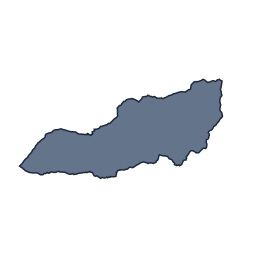 Farcasa, Neamt, Romania (orthographic projection), rotated 28°
{"feature_id": "2599482B98026704689851", "entity_name": "Farcasa", "entity_type": "district", "adm_level": 2, "iso_a3": "ROU", "parent_name": "Romania", "parent_adm1": "Neamt", "projection": "orthographic", "projection_center": [25.834, 47.18], "detail": "fine", "context": "isolated", "style": "filled", "palette": "slate", "viewbox_px": 256, "rotation_deg": 28, "n_neighbors": 0, "source": "geoboundaries", "source_scale": "gbopen_adm2", "svg_char_len": 5858}
<svg xmlns="http://www.w3.org/2000/svg" viewBox="0 0 256 256"><g transform="rotate(28 128 128)"><path d="M206.2,109.6L206.4,108.6L206.3,107.8L205.7,106.4L205.5,105.7L205.1,105.0L203.8,104.0L203.6,103.6L203.4,102.8L202.8,101.9L202.9,101.3L203.6,100.4L203.9,99.9L204.0,99.5L203.7,98.4L203.2,97.2L203.2,96.2L203.1,95.9L202.2,95.0L201.1,94.5L201.0,93.1L201.2,92.2L202.7,90.4L203.0,89.4L203.1,87.9L203.0,86.3L203.1,86.1L203.7,85.2L204.2,84.3L204.2,83.2L204.4,82.7L204.5,81.5L204.8,80.7L204.8,80.0L204.9,79.5L205.2,78.8L205.0,77.5L205.0,77.2L205.8,75.0L206.0,73.5L205.6,72.9L203.7,70.6L203.1,70.2L201.1,69.4L200.9,69.2L200.2,67.9L199.8,67.2L199.6,66.2L199.4,65.8L198.9,63.8L197.9,63.1L197.5,62.4L196.5,61.3L196.2,60.8L195.6,59.0L195.3,58.0L195.4,56.8L195.6,56.0L195.6,55.2L195.2,54.6L194.6,54.2L192.7,51.6L191.6,50.7L191.3,50.2L191.0,48.0L190.5,46.6L190.3,46.3L190.0,45.1L189.6,44.3L189.5,43.9L189.1,43.2L189.0,42.4L186.6,42.4L185.7,42.1L185.3,42.8L184.2,43.6L183.9,45.1L183.6,45.6L182.9,46.0L181.6,46.0L180.9,46.4L179.6,47.5L179.5,47.9L179.1,48.4L176.9,50.4L173.8,49.9L173.2,49.6L171.3,49.8L170.5,51.5L168.4,53.8L167.2,54.7L165.7,55.5L164.6,56.5L164.5,57.2L164.0,58.5L163.6,60.3L163.9,61.3L164.2,61.9L164.5,62.9L164.8,63.8L164.9,64.6L164.2,65.3L163.6,65.7L163.2,66.3L162.8,67.5L162.2,68.2L162.1,68.9L161.1,69.6L160.5,69.8L159.9,70.2L158.1,70.8L155.0,73.6L154.5,74.4L154.0,74.7L153.7,75.1L151.9,76.7L150.7,78.8L150.2,79.2L149.6,79.5L148.9,80.3L147.8,82.2L145.0,85.7L143.3,85.8L143.2,86.0L142.4,86.6L139.3,88.2L138.1,87.9L136.8,87.8L135.8,88.3L135.4,89.0L135.2,89.2L133.9,89.1L133.3,89.6L133.0,89.7L131.0,89.6L130.1,89.8L130.1,90.4L130.0,90.7L129.2,91.6L127.3,92.9L126.3,93.8L126.2,94.1L126.4,94.7L126.4,95.8L126.1,97.0L125.1,100.1L124.6,99.8L123.6,99.6L119.5,99.7L118.4,100.1L117.9,100.0L117.2,100.4L116.2,101.5L114.9,102.2L114.7,102.6L114.1,103.0L113.4,103.7L112.6,106.1L112.4,106.3L111.9,106.4L111.7,106.7L111.5,107.6L111.4,108.5L111.2,109.0L111.0,109.4L111.2,110.4L111.1,110.8L110.7,111.7L110.2,111.9L109.9,112.2L109.1,115.3L109.4,116.0L110.0,116.5L110.5,117.4L111.0,118.5L111.6,119.4L111.7,120.0L112.2,120.9L112.7,121.3L113.2,122.1L113.2,122.5L113.0,123.7L112.5,124.9L112.0,125.7L111.8,126.2L111.5,126.7L110.8,129.6L110.4,130.5L110.2,131.7L110.1,132.1L109.8,132.4L108.7,133.0L108.4,133.4L108.2,134.5L107.1,135.5L106.6,136.3L104.3,138.5L104.1,138.9L103.0,139.5L102.8,141.5L102.1,142.5L100.8,143.8L98.8,145.0L99.6,145.7L99.8,145.9L98.9,147.2L98.7,147.9L98.2,148.4L99.0,149.1L99.6,149.6L98.9,151.3L98.5,151.1L98.4,151.6L98.8,151.6L98.7,152.0L96.6,152.0L95.1,151.7L94.8,152.0L95.1,152.3L95.3,152.7L95.0,152.7L94.8,153.0L93.7,153.4L93.3,154.0L92.8,154.3L91.9,154.3L91.0,154.9L89.4,155.3L88.0,156.3L86.1,156.4L83.7,156.1L81.8,157.0L80.9,157.1L79.9,157.9L77.9,158.4L77.1,158.7L73.4,159.3L71.7,159.8L69.5,160.1L68.9,160.5L66.7,162.5L65.3,163.3L64.0,164.4L63.6,164.9L63.1,166.0L62.9,167.4L60.3,169.8L58.6,171.8L58.4,172.4L58.5,172.9L58.4,173.4L58.8,173.9L58.9,174.3L59.0,174.9L58.9,175.4L58.7,176.5L58.4,177.1L58.0,177.6L57.6,178.4L57.4,178.7L57.2,179.4L56.8,180.1L56.5,181.5L55.4,183.7L55.4,184.8L54.9,186.9L54.9,187.9L55.1,189.1L55.0,189.8L54.5,191.0L54.1,192.3L54.1,192.5L54.2,192.9L54.2,194.8L53.1,199.0L53.1,200.2L53.3,200.6L53.2,201.0L53.0,201.6L52.4,202.5L52.4,203.2L51.9,204.1L51.8,204.8L51.5,206.1L51.5,207.7L51.2,208.8L51.2,209.5L50.6,211.0L50.5,211.7L50.0,212.6L49.6,212.8L50.9,212.4L51.5,212.8L53.6,212.8L54.3,213.2L56.6,213.5L57.0,213.9L61.7,213.6L62.4,213.4L63.4,212.9L65.4,212.2L66.3,211.6L69.0,210.3L71.2,210.3L72.4,210.4L73.1,210.2L73.5,209.8L74.2,209.6L74.8,209.1L75.1,208.6L75.1,208.0L75.6,207.2L76.1,207.0L76.7,206.9L76.9,206.5L77.2,206.1L77.7,205.1L78.2,204.9L78.7,205.3L78.9,205.1L79.5,205.0L79.9,204.2L80.1,204.1L80.2,203.9L80.5,203.2L80.8,202.8L81.4,202.5L82.2,202.4L83.3,202.0L85.1,201.1L85.4,200.8L85.5,200.5L85.9,199.8L86.7,199.1L87.0,198.9L88.0,199.0L93.0,196.7L93.8,196.6L96.0,196.7L96.5,196.5L98.3,196.2L99.4,195.5L100.5,194.4L101.2,194.5L102.0,194.4L103.2,193.5L104.1,193.0L104.7,192.1L106.8,190.3L108.7,189.2L109.1,188.5L110.4,187.7L110.8,187.7L111.4,187.1L111.6,186.8L111.8,186.6L112.7,186.7L114.0,185.2L114.6,184.2L115.2,184.7L117.5,184.0L118.6,184.7L119.6,185.6L120.4,186.0L121.8,185.9L122.8,185.1L123.3,184.9L127.6,185.3L127.9,184.1L130.6,183.2L131.3,182.7L132.2,181.5L133.2,181.7L133.4,181.5L133.6,180.8L133.9,180.7L134.2,180.3L135.2,179.9L135.2,179.1L136.1,178.9L138.6,177.5L140.0,176.5L139.3,173.8L138.8,173.2L139.1,173.0L139.1,172.9L138.8,172.4L138.9,171.9L138.7,171.1L138.7,170.7L138.8,170.6L139.2,170.1L139.6,170.0L140.0,169.3L141.3,168.5L142.0,167.9L144.2,166.9L144.7,166.5L145.4,165.6L146.8,164.6L147.0,164.3L147.0,163.8L147.4,162.8L147.8,162.1L148.5,161.4L148.9,161.2L149.7,161.2L150.3,161.1L151.2,160.2L152.6,157.7L153.0,156.5L153.9,155.7L154.4,154.9L155.5,152.5L156.3,152.0L157.4,150.8L159.4,150.2L160.1,150.2L161.2,149.8L162.5,149.9L162.8,149.2L163.4,148.8L165.6,147.6L167.1,147.4L167.4,147.0L168.6,145.3L168.8,144.9L168.5,143.7L168.9,143.1L169.3,142.3L169.2,141.3L168.5,138.7L168.2,137.0L170.6,136.4L171.5,136.3L172.6,135.9L174.3,135.0L176.3,134.6L177.1,135.0L177.7,135.1L178.3,135.6L178.8,135.8L179.6,135.8L180.9,135.4L181.6,135.5L182.8,136.0L183.6,136.7L185.0,137.0L185.5,137.2L186.3,138.1L186.2,138.5L186.3,138.5L186.5,138.5L186.7,138.3L187.2,138.5L187.6,138.2L187.8,137.9L188.1,138.1L188.4,138.2L188.4,137.9L188.9,138.0L190.2,136.9L190.3,136.6L191.3,137.1L192.5,135.2L192.4,133.3L192.2,131.4L192.3,130.6L193.0,129.8L193.9,129.2L194.2,129.1L194.3,128.9L194.0,128.4L193.9,127.9L194.0,127.4L193.8,127.1L192.9,125.9L193.2,125.4L193.6,122.9L193.7,120.3L193.9,119.4L193.9,119.1L194.3,118.7L194.6,118.3L195.2,117.9L197.6,117.5L198.8,117.8L200.0,117.9L200.4,117.7L201.0,117.1L201.8,116.9L202.2,116.2L202.7,114.2L203.9,110.7L204.7,110.1L205.9,109.6L206.2,109.6Z" fill="#64748b" stroke="#1e293b" stroke-width="1.5"/></g></svg>